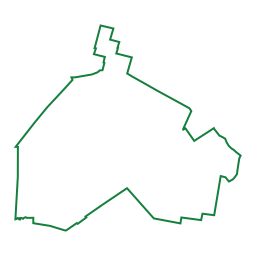 Cerat, Dolj, Romania
{"feature_id": "2599482B26684248362389", "entity_name": "Cerat", "entity_type": "district", "adm_level": 2, "iso_a3": "ROU", "parent_name": "Romania", "parent_adm1": "Dolj", "projection": "robinson", "projection_center": [23.663, 44.074], "detail": "fine", "context": "isolated", "style": "outline", "palette": "green", "viewbox_px": 256, "rotation_deg": 0, "n_neighbors": 0, "source": "geoboundaries", "source_scale": "gbopen_adm2", "svg_char_len": 1207}
<svg xmlns="http://www.w3.org/2000/svg" viewBox="0 0 256 256"><path d="M214.2,215.2L216.4,201.9L220.7,176.1L225.5,177.3L228.9,181.5L232.7,179.5L234.0,178.2L236.9,174.3L238.1,165.8L239.3,158.3L240.6,155.6L236.0,152.0L233.8,149.9L231.5,148.5L228.9,146.0L226.6,142.3L225.2,138.7L222.1,136.9L219.5,135.7L213.9,128.6L213.8,128.2L194.2,140.9L185.5,128.4L183.3,129.6L183.1,129.2L191.3,111.1L189.5,108.3L159.1,91.7L132.7,76.8L127.2,73.5L131.8,57.4L116.3,53.5L118.0,47.9L117.5,47.8L119.3,42.0L110.1,39.6L113.4,28.5L100.6,25.5L94.6,48.2L95.9,48.4L93.9,54.2L104.8,56.9L103.5,62.5L104.4,62.9L102.5,70.2L99.7,70.4L97.6,72.3L91.8,74.5L74.8,77.4L71.5,77.4L72.5,79.9L72.3,80.1L64.7,88.5L47.1,107.4L34.2,123.1L15.7,146.8L17.9,146.9L17.8,177.0L15.4,219.3L16.5,219.0L17.6,218.0L18.0,218.1L18.5,218.2L18.8,219.1L19.2,219.4L19.9,219.5L20.1,219.5L20.2,219.2L20.1,218.5L20.1,218.1L20.3,217.9L21.7,218.1L22.3,218.5L22.5,218.6L23.0,218.7L23.1,218.3L25.6,217.2L26.9,217.9L33.3,217.8L33.3,223.2L50.2,225.9L59.9,228.9L65.4,230.5L66.2,230.4L76.8,223.1L77.7,223.8L86.3,217.5L85.5,216.5L103.4,204.1L127.0,188.2L153.8,218.4L180.4,223.4L181.4,217.5L201.1,220.1L202.5,213.7L214.2,215.2Z" fill="none" stroke="#15803d" stroke-width="2"/></svg>